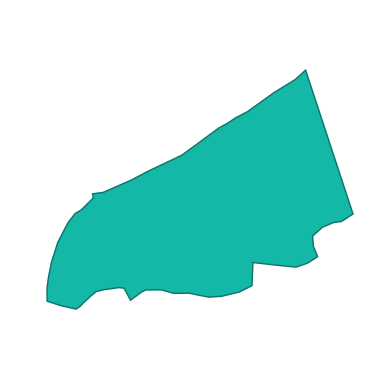 Rosso, Trarza, Mauritania, rotated 353°
{"feature_id": "47542326B77132653245300", "entity_name": "Rosso", "entity_type": "district", "adm_level": 2, "iso_a3": "MRT", "parent_name": "Mauritania", "parent_adm1": "Trarza", "projection": "albers", "projection_center": [-15.757, 16.661], "detail": "fine", "context": "isolated", "style": "filled", "palette": "teal", "viewbox_px": 384, "rotation_deg": 353, "n_neighbors": 0, "source": "geoboundaries", "source_scale": "gbopen_adm2", "svg_char_len": 833}
<svg xmlns="http://www.w3.org/2000/svg" viewBox="0 0 384 384"><g transform="rotate(353 192 192)"><path d="M34.9,282.7L47.9,288.8L62.9,294.1L67.1,291.7L70.6,288.9L78.7,283.0L84.7,279.2L92.3,278.2L108.4,278.0L112.9,279.3L117.8,291.9L129.8,285.1L134.3,283.6L149.3,285.3L161.8,290.4L176.4,292.0L195.9,298.4L208.7,299.1L226.8,297.0L240.1,292.3L242.4,278.3L243.9,269.4L271.1,275.9L286.2,279.2L297.6,276.8L308.8,271.5L305.9,260.7L306.3,250.4L317.3,242.8L328.9,239.5L336.7,239.5L344.5,235.7L349.1,233.4L319.6,84.9L308.1,93.0L285.8,103.2L256.7,119.1L244.3,123.7L235.4,128.2L226.5,131.7L203.8,144.5L186.2,154.3L151.5,165.8L133.6,172.6L103.7,181.6L93.1,181.7L93.4,185.9L88.1,189.9L83.5,193.5L79.9,196.3L73.3,199.2L65.1,207.5L52.7,225.6L43.8,245.0L39.1,259.4L36.4,269.7L34.9,282.7Z" fill="#14b8a6" stroke="#0f766e" stroke-width="1.5"/></g></svg>